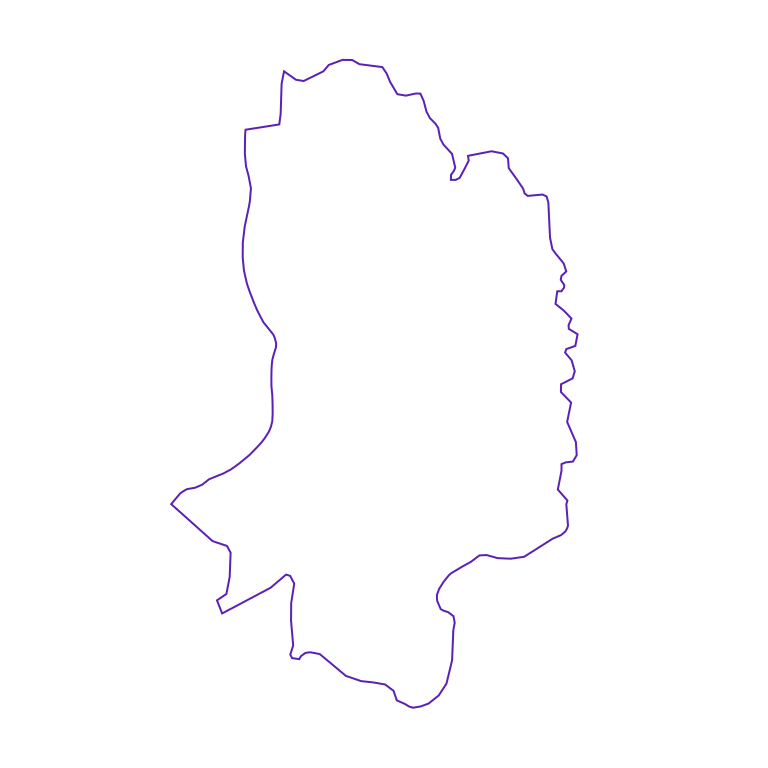 the district of Nuevo Berlín, Río Negro, Uruguay, rotated 6°
{"feature_id": "84410073B28261927215245", "entity_name": "Nuevo Berlín", "entity_type": "district", "adm_level": 2, "iso_a3": "URY", "parent_name": "Uruguay", "parent_adm1": "Río Negro", "projection": "equal_earth", "projection_center": [-58.007, -32.972], "detail": "fine", "context": "isolated", "style": "outline", "palette": "violet", "viewbox_px": 768, "rotation_deg": 6, "n_neighbors": 0, "source": "geoboundaries", "source_scale": "gbopen_adm2", "svg_char_len": 2607}
<svg xmlns="http://www.w3.org/2000/svg" viewBox="0 0 768 768"><g transform="rotate(6 384 384)"><path d="M219.7,145.6L219.9,151.6L221.5,169.2L224.0,181.9L227.5,191.0L231.2,203.2L231.5,216.1L231.1,222.0L230.0,232.2L229.5,237.4L229.0,242.4L228.8,258.0L230.2,272.6L232.8,285.6L234.6,291.0L237.2,298.5L240.4,305.5L246.4,317.2L250.2,324.0L253.4,328.9L257.7,335.3L268.8,346.5L270.7,349.9L272.5,354.9L272.7,358.9L271.1,367.1L270.4,371.7L270.4,377.3L270.7,382.4L271.4,390.2L272.3,398.0L274.1,407.0L275.4,416.5L276.4,425.4L276.8,432.8L276.0,438.4L274.5,443.5L270.8,450.8L269.6,452.7L268.4,454.7L263.5,461.3L257.7,468.6L248.4,478.1L240.8,484.9L233.2,490.0L228.8,492.3L220.0,497.0L213.6,503.2L207.0,506.9L202.8,508.1L201.0,508.6L198.8,509.3L195.8,511.5L192.9,513.9L188.4,520.5L184.9,525.7L230.0,558.2L244.8,561.5L249.1,567.9L250.7,592.1L249.2,609.3L240.5,616.6L247.0,629.1L292.5,598.5L306.5,583.8L310.7,584.6L315.6,591.9L314.6,611.6L316.3,629.1L321.0,653.5L319.1,662.9L321.2,666.2L328.5,666.5L329.1,664.9L330.0,663.2L331.2,662.1L334.0,659.6L338.9,658.5L348.3,659.3L362.7,668.9L376.6,678.3L392.4,681.9L404.3,681.9L416.5,682.7L425.6,688.2L429.8,697.3L438.2,700.0L442.6,702.1L446.7,702.9L454.0,700.9L461.8,697.1L471.0,688.0L477.4,675.6L480.6,651.8L478.7,621.8L478.8,619.7L479.3,614.2L477.4,607.7L471.7,604.2L466.4,603.1L463.9,601.9L459.6,594.2L459.0,591.2L458.7,588.1L460.3,581.9L464.0,574.4L468.4,567.6L470.8,565.0L481.1,557.3L489.1,551.7L496.8,544.5L504.0,543.4L515.1,545.3L528.3,544.5L541.4,541.2L565.9,521.8L567.9,520.2L576.1,515.6L579.8,511.6L581.2,508.5L581.8,505.6L577.9,484.6L578.6,480.7L567.9,470.8L569.6,451.7L568.9,445.1L573.1,442.9L580.0,441.4L583.1,434.6L580.9,421.7L570.1,402.6L572.0,382.9L560.8,373.5L560.1,365.7L571.0,358.7L572.4,351.4L568.1,340.8L560.8,333.8L561.7,330.2L570.3,326.1L571.3,314.3L562.1,309.9L561.4,306.3L563.6,299.3L555.4,292.4L546.2,286.4L546.6,273.7L550.8,273.2L553.0,269.3L552.9,266.7L548.9,261.9L549.2,257.9L553.5,253.0L550.1,245.3L541.2,236.5L537.4,232.4L533.8,221.0L528.5,186.4L526.1,180.5L521.9,179.0L507.3,181.9L503.9,179.7L501.8,175.0L494.6,166.5L485.5,156.3L483.7,146.5L478.2,142.3L466.6,141.3L443.7,148.3L444.9,153.0L441.5,161.9L437.7,171.1L434.1,173.5L429.2,174.0L428.8,169.0L431.4,164.4L432.2,161.2L427.6,148.0L418.2,139.8L414.3,134.1L411.1,123.6L408.0,119.8L401.8,114.7L397.7,108.5L393.8,98.2L389.8,91.4L385.2,91.8L375.7,94.9L367.0,94.4L358.5,82.9L354.3,75.1L349.2,69.0L326.1,68.5L318.5,65.1L308.8,66.0L295.7,72.5L291.0,79.4L272.4,91.1L264.6,90.6L251.9,83.5L250.8,96.2L253.0,126.4L252.7,136.8L237.0,141.0L219.7,145.6Z" fill="none" stroke="#5b21b6" stroke-width="2"/></g></svg>